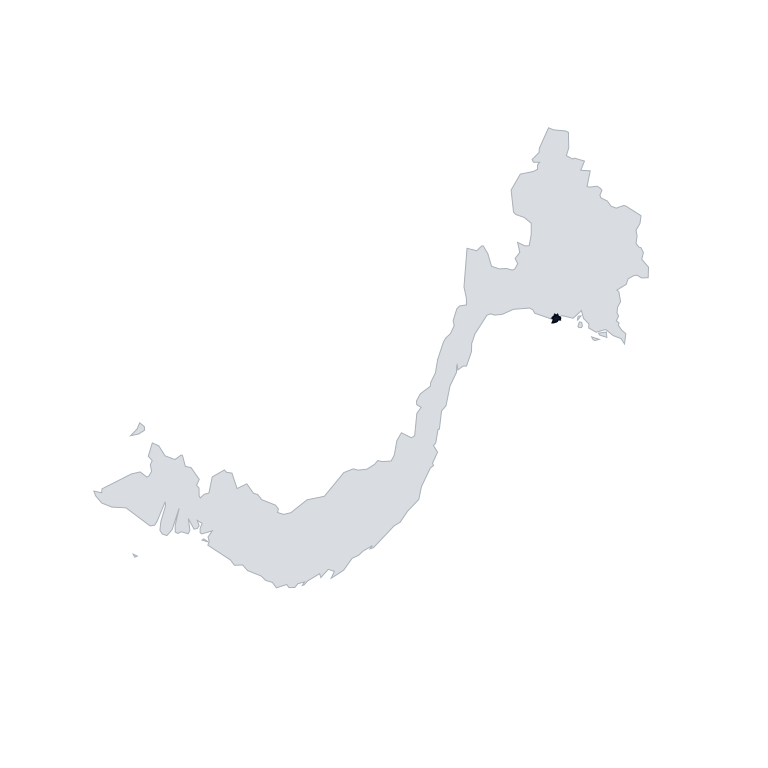 location of Tien Hai, Thái Bình, Vietnam, rotated 61°
{"feature_id": "81297802B12405297659236", "entity_name": "Tien Hai", "entity_type": "district", "adm_level": 2, "iso_a3": "VNM", "parent_name": "Vietnam", "parent_adm1": "Thái Bình", "projection": "orthographic", "projection_center": [106.496, 20.36], "detail": "fine", "context": "in_parent", "style": "filled", "palette": "ink", "viewbox_px": 768, "rotation_deg": 61, "n_neighbors": 0, "source": "geoboundaries", "source_scale": "gbopen_adm2", "svg_char_len": 5214}
<svg xmlns="http://www.w3.org/2000/svg" viewBox="0 0 768 768"><g transform="rotate(61 384 384)"><path d="M465.6,154.2L459.2,154.7L452.6,160.2L443.8,163.7L441.6,173.3L434.3,177.8L430.8,175.7L423.4,177.7L415.5,175.7L418.2,186.7L410.3,195.4L411.2,201.1L409.1,205.4L395.2,217.8L391.2,217.9L388.1,219.9L381.4,234.6L380.4,246.8L377.4,253.8L374.4,256.7L373.7,260.5L384.1,279.9L391.1,287.7L398.0,291.7L408.3,303.1L406.7,306.2L407.5,312.6L402.6,310.7L403.2,311.5L409.0,315.0L417.8,327.3L433.1,340.3L435.5,346.8L450.3,357.4L450.0,358.8L460.6,367.3L461.8,370.6L469.6,370.2L476.9,380.1L479.3,380.2L480.0,384.3L491.9,401.0L501.8,409.5L506.7,425.1L512.7,436.9L512.9,443.7L522.0,472.4L521.4,476.2L519.7,472.5L520.0,483.5L521.5,489.2L521.0,496.4L527.3,509.6L528.3,524.4L523.8,518.2L519.1,522.6L522.7,533.1L518.7,532.2L519.2,546.3L521.0,551.2L520.6,553.1L518.6,549.4L516.9,556.1L518.7,560.7L516.0,565.8L512.2,566.3L510.1,576.9L503.4,577.8L498.5,582.7L492.4,584.5L481.0,593.8L473.7,595.4L470.0,602.7L463.5,603.6L439.6,616.2L436.9,613.2L432.5,612.1L429.2,605.4L426.7,616.2L424.9,616.9L421.2,614.8L417.7,610.6L412.7,613.5L418.3,614.4L419.8,617.2L418.9,620.5L406.9,620.4L417.8,624.7L420.1,627.8L414.9,633.0L414.8,636.7L412.3,638.4L406.3,635.1L393.4,623.5L408.7,640.0L411.3,647.4L407.7,650.7L403.3,650.9L396.2,645.9L384.7,634.2L380.9,632.5L394.3,649.3L396.3,653.0L394.7,657.4L367.2,669.7L359.8,681.6L351.2,688.6L342.0,690.4L337.0,689.7L342.2,683.7L339.0,681.4L340.2,648.5L342.7,639.9L350.5,636.5L350.6,634.6L347.8,629.6L341.5,627.6L338.6,623.9L332.9,625.2L323.2,615.2L328.9,611.0L340.7,610.3L348.7,603.5L347.8,595.9L348.7,594.9L359.8,597.7L363.5,593.3L377.8,591.8L381.8,597.1L385.3,596.2L391.9,599.8L394.6,599.9L393.3,594.7L394.5,590.0L382.0,579.3L381.8,565.3L384.9,564.5L388.2,560.2L404.2,563.2L404.8,552.4L416.5,551.1L419.2,548.1L425.9,547.0L437.4,537.6L442.2,537.0L444.8,539.4L449.4,535.0L451.4,527.8L448.0,507.5L453.3,490.6L442.0,462.1L443.3,452.0L446.7,448.6L450.2,440.3L449.7,431.1L447.9,426.6L450.9,423.4L454.8,415.1L451.2,409.5L439.7,400.1L435.1,392.4L444.2,386.2L444.3,382.4L425.6,369.5L422.4,362.8L418.0,365.4L414.6,363.8L410.2,357.2L408.4,344.5L405.4,342.5L399.2,333.6L388.7,325.3L376.2,311.8L373.7,307.7L372.2,301.5L367.0,294.3L362.1,292.8L353.5,283.8L352.4,280.0L354.8,273.5L348.8,270.3L337.9,267.0L305.6,245.6L312.4,238.3L310.6,231.5L311.3,230.3L320.3,230.0L333.2,232.9L339.3,227.3L342.2,221.1L346.7,216.4L346.8,213.7L343.6,208.7L337.8,208.5L334.7,201.4L324.9,198.5L331.5,193.8L333.5,190.0L324.4,182.6L314.8,177.3L306.2,180.7L299.6,186.6L296.5,187.4L276.0,178.8L266.5,163.0L270.5,150.4L270.7,145.7L266.7,143.4L265.6,140.4L262.5,145.7L259.5,145.7L256.7,136.1L253.1,133.8L239.7,115.9L244.0,112.4L250.8,102.4L253.3,100.7L267.0,107.9L272.7,113.8L278.7,110.0L278.8,107.9L286.2,100.6L292.5,108.3L297.5,100.3L309.7,110.6L311.6,108.7L314.2,101.8L317.7,99.9L320.3,99.5L323.6,103.7L326.4,104.0L332.4,99.9L338.6,99.2L342.8,95.6L344.1,87.7L345.6,86.2L361.4,77.6L367.7,82.3L371.8,89.1L377.3,90.9L383.1,95.4L387.7,94.8L389.2,93.2L394.8,93.4L399.8,98.1L410.0,96.0L419.1,101.4L416.1,107.3L411.5,110.0L410.3,113.0L410.4,119.7L414.3,123.8L414.7,134.8L417.2,133.9L426.6,137.1L430.1,142.5L434.7,145.7L438.3,145.9L441.4,150.2L444.6,148.8L446.1,150.6L452.6,149.9L457.2,148.1L465.6,154.2ZM308.3,615.8L308.8,622.7L306.4,630.7L303.7,621.8L299.5,616.5L305.1,614.3L308.3,615.8ZM451.3,166.5L445.7,171.7L443.6,171.7L446.3,164.3L451.3,166.5ZM429.1,186.2L427.5,186.4L424.4,183.0L426.0,181.2L429.6,182.5L430.4,184.0L429.1,186.2ZM448.2,178.6L446.0,179.7L443.4,179.6L449.3,174.1L448.2,178.6ZM419.9,178.7L422.2,184.2L418.9,181.3L419.9,178.7ZM436.9,614.3L432.3,618.8L432.1,616.7L436.9,614.3ZM414.7,685.9L411.2,685.9L414.9,683.2L414.7,685.9Z" fill="#d9dde1" stroke="#a8b0b8" stroke-width="1"/><path d="M412.0,207.2L412.3,206.6L412.4,206.4L412.8,204.9L413.0,204.0L413.2,203.4L413.2,203.1L413.2,202.7L413.1,202.1L413.1,201.9L413.0,201.7L412.7,201.3L412.5,201.1L412.4,200.9L412.4,200.7L412.4,200.4L412.9,199.4L413.1,199.1L413.3,199.0L413.4,198.9L413.4,198.7L413.1,198.7L412.9,198.6L412.6,198.4L412.4,198.2L412.3,197.9L412.2,197.8L412.1,197.7L411.8,197.6L411.6,197.6L411.4,197.5L411.2,197.5L410.9,197.6L410.7,197.8L410.4,197.9L410.2,198.1L409.9,198.3L409.7,198.5L409.4,198.7L409.3,198.8L409.2,198.8L408.9,198.9L408.7,198.9L408.4,198.7L408.2,198.5L407.9,198.5L407.7,198.5L407.8,198.6L408.0,198.7L407.9,198.8L407.8,199.0L407.7,199.1L407.5,199.3L407.4,199.5L407.4,199.8L407.2,199.9L407.2,200.0L406.9,200.2L407.0,200.2L407.0,200.3L407.2,200.5L407.3,200.7L407.3,200.8L407.3,201.0L407.5,201.2L407.4,201.2L407.3,201.3L407.2,201.4L407.3,201.4L407.3,201.5L407.2,201.7L406.9,201.7L407.0,201.8L407.1,202.0L407.1,202.3L407.1,202.5L407.0,202.8L407.0,203.0L407.1,203.3L407.2,203.5L407.3,203.7L407.5,203.8L407.5,204.0L407.4,204.3L407.4,204.5L407.5,204.6L407.8,204.6L408.0,204.7L408.0,204.8L408.1,204.7L408.3,204.6L408.6,204.5L408.8,204.5L409.1,204.4L409.3,204.2L409.5,204.2L409.6,204.3L409.7,204.5L409.8,204.7L409.9,204.8L410.0,204.9L410.2,205.0L410.3,205.1L410.5,205.3L410.7,205.5L410.8,205.7L410.9,205.8L411.0,205.9L411.1,206.0L411.3,206.2L411.4,206.4L411.5,206.4L411.5,206.5L411.7,206.9L411.8,207.0L412.0,207.2Z" fill="#0f172a" stroke="#020617" stroke-width="1.5"/></g></svg>